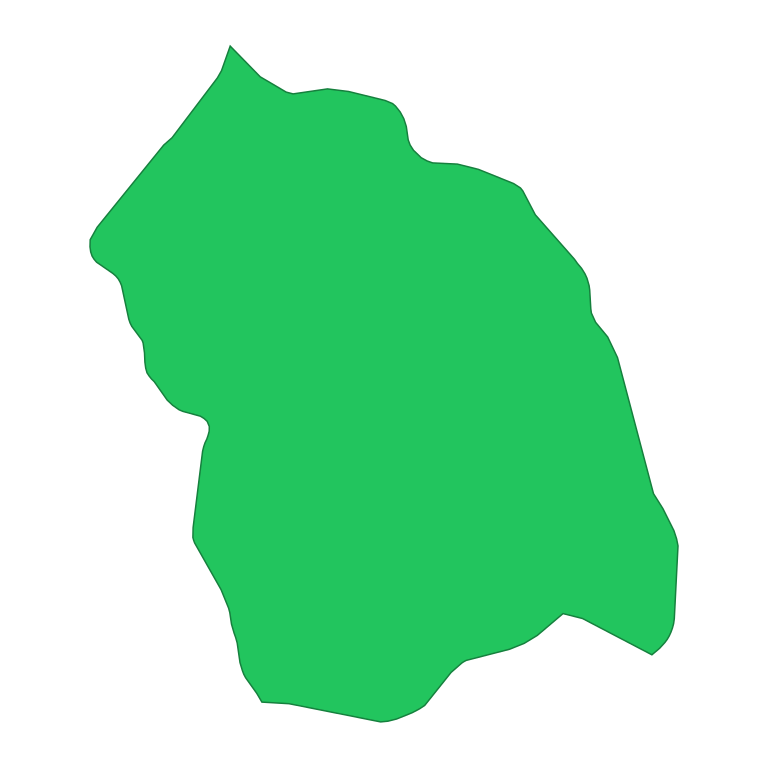 Flores, Natural Earth projection
{"feature_id": "URY-7", "entity_name": "Flores", "entity_type": "Department", "adm_level": 1, "iso_a3": "URY", "parent_name": "Uruguay", "parent_adm1": "", "projection": "natural_earth1", "projection_center": [-56.945, -33.556], "detail": "fine", "context": "isolated", "style": "filled", "palette": "green", "viewbox_px": 768, "rotation_deg": 0, "n_neighbors": 0, "source": "natural_earth", "source_scale": "10m", "svg_char_len": 1652}
<svg xmlns="http://www.w3.org/2000/svg" viewBox="0 0 768 768"><path d="M230.2,46.1L260.2,76.8L286.2,92.1L293.1,93.9L327.5,88.9L348.6,91.5L385.2,100.5L392.6,103.6L395.5,106.1L400.2,112.0L403.8,118.7L406.3,126.5L408.2,139.9L410.1,145.0L413.5,150.3L421.2,157.7L427.0,160.9L432.6,162.9L457.4,164.1L478.5,169.4L513.7,183.6L520.5,188.0L522.8,190.9L535.3,214.8L574.5,259.3L577.4,263.4L581.6,268.4L585.0,273.9L587.0,278.3L589.1,285.6L589.7,289.9L590.8,308.8L591.4,313.1L595.6,322.3L607.7,337.0L617.5,357.6L653.5,493.7L662.9,508.6L673.9,530.6L676.6,538.9L678.0,545.9L674.3,618.7L673.6,623.7L672.4,628.2L670.9,632.3L669.2,636.0L667.2,639.4L664.9,642.5L659.6,648.3L651.9,654.8L582.5,618.5L563.0,613.6L537.3,635.4L524.3,643.3L509.7,649.2L466.2,660.4L463.6,661.8L461.7,663.1L451.1,672.4L424.8,705.3L419.6,708.8L412.2,712.7L396.6,719.0L387.9,721.2L380.6,721.9L289.0,703.7L261.9,702.1L256.8,693.4L245.6,677.7L243.8,674.3L242.4,670.6L240.0,662.6L237.2,643.0L235.7,637.6L234.1,633.1L231.5,624.1L229.8,612.6L228.6,608.1L221.1,589.7L194.6,542.9L193.6,540.1L192.9,537.5L193.1,527.7L202.6,451.2L203.7,446.7L205.1,442.6L206.8,439.1L208.1,435.3L209.2,431.2L209.3,426.5L207.2,421.4L204.1,418.5L200.4,416.2L182.9,411.4L179.1,409.8L172.7,405.3L167.2,400.1L154.2,381.6L151.5,379.0L149.1,376.0L147.0,372.8L145.7,368.1L144.9,362.1L144.5,352.9L143.1,342.9L142.3,340.8L142.3,340.6L142.1,340.3L131.8,326.4L130.1,323.0L128.8,319.2L121.6,285.7L120.1,282.1L118.2,278.8L115.7,275.9L112.8,273.4L96.6,262.2L94.1,259.3L92.1,256.1L90.7,251.9L90.0,246.8L90.2,239.7L97.2,227.2L163.7,145.1L172.1,137.7L217.4,77.9L221.5,70.7L230.2,46.1Z" fill="#22c55e" stroke="#15803d" stroke-width="1.5"/></svg>